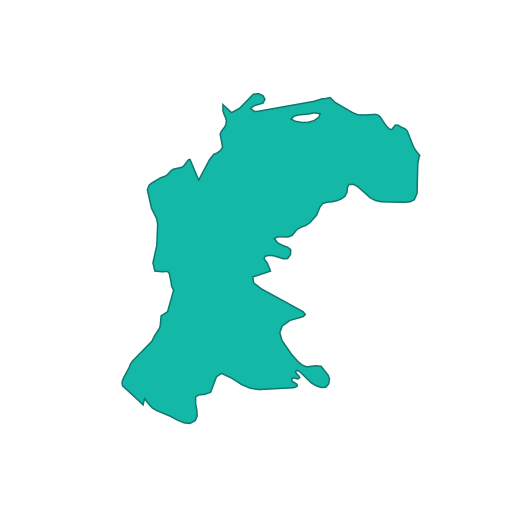 map outline of Namangan (Albers equal-area conic projection), rotated 121°
{"feature_id": "UZB-365", "entity_name": "Namangan", "entity_type": "Region", "adm_level": 1, "iso_a3": "UZB", "parent_name": "Uzbekistan", "parent_adm1": "", "projection": "albers", "projection_center": [71.207, 41.083], "detail": "fine", "context": "isolated", "style": "filled", "palette": "teal", "viewbox_px": 512, "rotation_deg": 121, "n_neighbors": 0, "source": "natural_earth", "source_scale": "10m", "svg_char_len": 2721}
<svg xmlns="http://www.w3.org/2000/svg" viewBox="0 0 512 512"><g transform="rotate(121 256 256)"><path d="M85.6,167.3L86.9,167.3L93.9,164.7L119.2,150.3L126.2,149.3L130.1,151.8L133.6,156.5L145.0,176.5L146.9,182.2L147.3,187.9L144.1,204.8L144.5,209.6L147.0,213.3L150.4,212.8L154.4,210.9L159.0,210.5L163.0,212.2L166.7,214.9L170.1,218.4L172.9,222.3L176.7,225.9L180.8,226.4L189.7,225.1L199.5,226.9L204.1,229.0L208.3,232.4L212.1,234.5L219.8,235.6L223.1,238.3L228.3,247.1L231.6,249.3L233.6,244.0L233.2,238.3L232.2,233.3L232.7,229.5L237.0,227.2L241.9,227.6L244.2,230.9L246.8,241.3L248.8,245.1L251.4,248.0L254.2,247.7L256.4,242.5L261.5,235.8L275.7,248.0L280.3,244.0L281.4,234.5L279.5,187.1L280.7,183.6L283.6,184.3L293.5,193.6L302.4,197.5L309.5,196.1L315.1,190.1L321.9,175.1L324.8,165.9L325.7,160.4L324.9,155.4L319.1,148.0L317.0,143.4L321.0,132.8L323.5,129.7L328.0,127.9L332.5,128.5L335.1,132.2L336.2,137.5L336.3,143.2L332.6,158.7L332.8,162.0L334.8,162.7L336.0,160.5L336.8,157.5L337.7,155.9L339.9,156.8L341.1,161.2L343.0,162.1L344.7,160.7L344.8,154.9L346.1,153.7L347.8,154.4L349.5,155.9L369.0,184.7L372.3,192.8L373.6,201.9L373.2,213.6L374.4,225.1L379.8,227.7L396.1,224.7L401.2,228.9L404.4,233.4L407.9,235.2L414.1,231.4L418.5,227.4L423.3,224.1L428.3,223.3L433.6,226.4L436.0,231.6L437.1,239.1L437.5,246.9L439.6,261.2L439.7,266.6L438.3,271.5L435.6,278.1L441.8,276.1L440.7,280.6L436.0,303.5L434.4,305.0L433.5,305.5L432.3,306.1L429.1,306.7L416.7,307.3L413.3,308.0L409.6,307.7L382.4,301.3L376.7,301.9L371.7,301.6L367.2,301.6L364.8,302.3L356.2,306.5L349.3,303.1L327.8,309.0L325.2,313.0L322.6,314.9L315.8,321.2L315.0,322.8L315.2,324.7L317.7,328.0L321.0,334.9L315.0,340.8L297.8,346.6L279.4,356.7L275.3,360.2L268.8,370.3L255.2,383.2L250.4,384.1L247.5,383.2L238.0,378.0L233.8,374.6L231.5,373.7L227.7,373.0L225.5,372.3L224.0,371.4L218.1,365.2L216.5,364.4L208.4,363.5L207.2,362.3L220.5,344.2L197.0,345.5L190.3,344.5L189.0,343.3L187.3,342.2L184.0,340.8L179.9,340.7L170.0,349.5L167.3,349.9L161.5,349.3L158.7,349.5L155.2,351.1L152.9,353.7L150.9,356.5L148.7,359.0L143.3,362.3L143.8,360.0L145.7,350.8L137.7,346.1L118.7,341.6L115.5,337.3L115.0,332.6L117.0,329.1L121.2,328.7L128.3,335.1L132.4,336.6L132.9,331.6L131.2,329.1L93.6,286.0L87.1,280.2L86.5,279.4L86.0,278.4L82.0,274.0L83.6,267.7L83.4,247.3L82.5,241.3L78.3,234.1L74.3,228.4L72.9,226.2L72.5,224.4L72.5,222.6L72.9,220.9L76.9,212.6L77.5,210.9L78.5,207.0L77.8,204.8L72.1,204.0L71.4,203.0L70.7,201.5L70.7,197.3L70.2,194.1L70.5,192.1L71.1,190.6L81.3,177.2L83.2,173.7L85.6,167.3ZM120.6,296.4L120.3,291.7L117.7,285.1L114.8,280.4L110.1,276.0L104.4,273.5L101.0,274.3L103.4,280.0L103.6,280.2L107.0,283.8L113.0,292.0L116.5,295.4L120.6,296.4Z" fill="#14b8a6" stroke="#0f766e" stroke-width="1.5"/></g></svg>